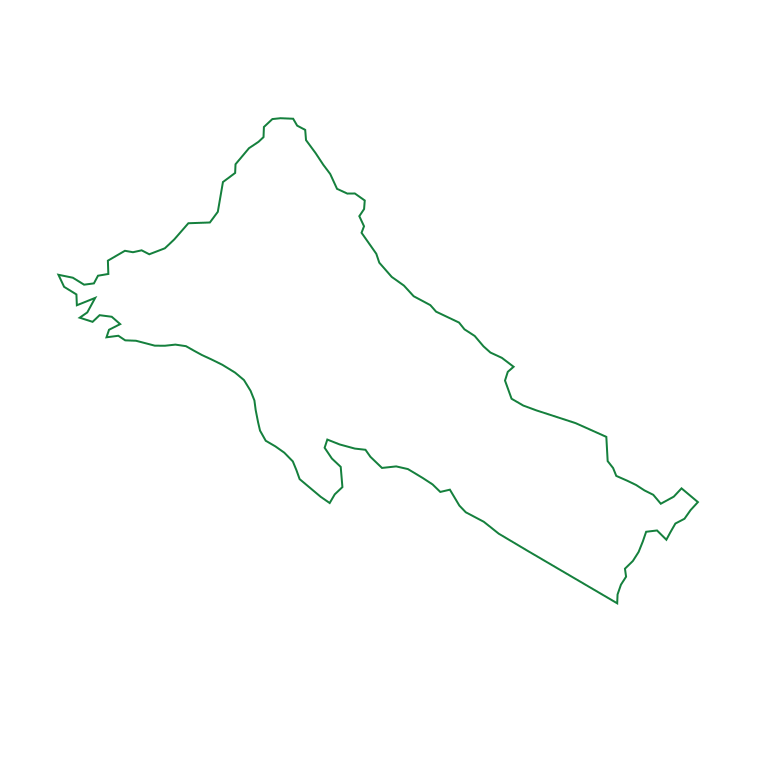 the district of Portão, Rio Grande do Sul, Brazil, rotated 130°
{"feature_id": "56859067B47058469819557", "entity_name": "Portão", "entity_type": "district", "adm_level": 2, "iso_a3": "BRA", "parent_name": "Brazil", "parent_adm1": "Rio Grande do Sul", "projection": "natural_earth1", "projection_center": [-51.245, -29.693], "detail": "fine", "context": "isolated", "style": "outline", "palette": "green", "viewbox_px": 768, "rotation_deg": 130, "n_neighbors": 0, "source": "geoboundaries", "source_scale": "gbopen_adm2", "svg_char_len": 1935}
<svg xmlns="http://www.w3.org/2000/svg" viewBox="0 0 768 768"><g transform="rotate(130 384 384)"><path d="M239.2,624.1L246.9,634.1L252.8,639.8L264.3,641.2L272.3,635.0L279.1,635.8L290.1,639.0L311.1,639.0L318.0,633.7L332.8,637.2L358.9,622.0L372.2,621.2L386.6,637.2L408.0,637.6L420.9,639.1L435.5,647.2L437.4,655.6L444.4,661.0L448.5,668.1L467.0,674.8L476.9,665.9L484.9,672.7L493.4,670.9L500.7,677.6L502.6,690.7L509.6,703.6L515.2,691.5L513.1,677.2L521.1,669.9L503.7,660.6L519.9,657.3L528.8,659.7L523.7,647.2L514.1,646.1L507.5,635.8L507.7,624.6L519.2,629.5L526.6,626.6L517.8,618.5L516.9,610.3L510.3,601.8L506.3,593.4L502.0,584.3L495.7,576.6L487.9,569.1L482.3,560.0L480.6,550.8L478.8,541.9L476.2,532.4L473.2,520.2L471.0,505.4L471.0,493.8L475.0,481.8L479.9,472.7L486.4,465.6L494.3,455.8L499.4,449.0L503.5,438.1L501.6,427.1L500.7,416.3L501.9,404.1L506.3,395.7L511.1,387.5L511.1,359.9L510.1,349.1L500.2,350.8L489.7,349.6L475.3,363.9L474.6,376.0L471.0,388.5L463.0,391.7L458.8,379.1L452.2,364.8L446.3,355.9L448.5,347.7L449.6,331.6L439.3,321.7L433.8,311.0L431.1,293.9L429.7,282.2L430.5,271.5L422.6,265.6L428.7,248.1L429.7,238.9L425.4,219.0L424.9,199.8L419.5,166.8L402.1,64.4L395.1,69.8L385.4,73.5L376.0,74.7L370.6,80.7L359.6,79.6L349.0,81.0L338.3,84.5L328.7,88.2L320.7,80.7L321.8,67.6L313.6,69.3L303.6,71.1L294.1,67.2L283.5,68.1L272.7,67.6L272.7,89.0L284.0,89.6L297.8,95.0L295.8,106.5L298.1,116.1L299.3,125.9L301.8,135.7L305.1,147.0L301.1,154.5L299.3,163.1L281.6,179.7L290.8,212.0L306.3,250.4L311.0,263.5L313.3,276.8L303.6,293.5L295.1,297.0L287.5,295.8L288.2,310.5L291.5,322.7L291.2,332.0L288.9,345.4L290.4,357.5L288.7,366.0L295.1,390.6L293.8,399.2L297.7,417.7L295.8,432.0L297.0,446.9L294.1,465.6L289.2,473.6L282.6,498.4L276.0,500.7L271.3,510.8L262.8,511.7L255.8,516.7L256.8,528.8L261.7,534.5L264.7,545.4L257.7,560.2L255.1,571.4L251.1,584.8L247.3,600.5L240.0,607.7L241.9,616.6L239.2,624.1Z" fill="none" stroke="#15803d" stroke-width="2"/></g></svg>